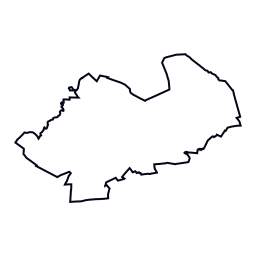 the district of Santau, Satu Mare, Romania
{"feature_id": "2599482B85959767419228", "entity_name": "Santau", "entity_type": "district", "adm_level": 2, "iso_a3": "ROU", "parent_name": "Romania", "parent_adm1": "Satu Mare", "projection": "robinson", "projection_center": [22.467, 47.514], "detail": "fine", "context": "isolated", "style": "outline", "palette": "ink", "viewbox_px": 256, "rotation_deg": 0, "n_neighbors": 0, "source": "geoboundaries", "source_scale": "gbopen_adm2", "svg_char_len": 5448}
<svg xmlns="http://www.w3.org/2000/svg" viewBox="0 0 256 256"><path d="M76.3,201.5L80.3,201.4L82.9,201.0L84.0,200.6L85.8,200.2L89.3,199.7L95.8,199.2L96.2,199.1L100.3,199.1L101.2,198.9L103.4,198.9L108.2,198.3L108.0,194.6L108.6,192.1L109.4,188.9L109.6,188.5L106.4,184.9L105.1,185.8L105.1,185.7L105.4,185.4L105.5,185.2L106.1,182.4L115.7,177.8L117.9,180.6L124.0,179.0L124.5,178.6L122.1,176.9L124.9,173.5L129.6,168.1L131.1,170.0L131.7,170.7L132.5,172.1L132.8,172.3L133.0,172.1L134.3,171.7L135.2,171.2L135.5,171.5L135.8,171.8L136.5,172.8L136.9,173.1L137.5,172.7L138.7,172.3L139.1,172.3L139.3,172.5L139.5,173.2L139.9,173.3L140.2,173.1L140.6,173.1L141.4,174.7L142.6,174.4L144.6,174.1L147.7,173.8L149.0,173.8L149.5,174.0L150.1,174.0L151.0,173.7L151.5,173.5L152.6,173.4L156.9,172.6L156.5,171.6L155.9,170.7L155.4,169.9L155.1,169.3L155.0,169.0L154.7,168.4L154.6,167.6L154.4,166.6L154.3,166.1L154.4,165.1L154.3,164.3L155.8,164.2L158.8,164.0L166.2,163.2L166.4,163.1L167.0,162.8L175.3,164.2L175.6,164.0L186.5,162.4L188.3,162.1L188.6,161.6L189.0,160.5L189.2,159.8L189.6,158.7L189.6,158.0L189.3,157.2L187.7,154.9L187.3,154.4L187.3,154.2L185.7,153.7L184.5,152.9L184.5,152.6L184.8,152.4L185.6,152.0L186.6,151.9L187.0,152.0L187.3,152.1L187.3,152.4L190.9,152.6L197.2,153.2L197.2,152.8L197.4,151.4L197.5,150.7L197.6,150.3L197.7,149.7L198.2,149.3L198.5,149.1L198.8,149.1L199.0,149.3L199.3,149.3L199.5,148.9L199.8,148.8L200.1,148.9L200.1,149.2L200.1,149.6L200.2,149.8L200.3,149.7L200.4,149.4L200.5,149.2L201.0,149.2L201.3,149.2L201.5,149.4L201.6,148.9L202.0,148.7L202.6,148.7L203.0,148.8L203.2,149.0L203.4,149.0L204.3,147.6L206.9,142.4L207.4,141.2L208.1,140.2L212.1,136.7L212.6,136.4L212.9,136.3L213.2,136.4L213.4,136.5L214.0,137.1L216.1,135.8L216.7,135.1L216.8,134.7L221.0,136.6L221.9,135.2L225.0,130.5L225.7,130.8L227.6,127.7L231.6,126.6L233.7,126.3L233.8,126.3L235.3,126.0L237.5,125.7L240.6,125.6L239.3,121.2L236.6,117.9L240.2,116.8L235.1,98.7L234.1,95.0L233.0,90.2L232.4,90.1L232.1,89.8L225.3,81.2L225.1,81.1L224.1,81.0L223.1,80.9L222.1,80.6L219.9,80.5L219.5,80.4L218.4,79.4L218.3,79.0L218.2,78.1L218.2,77.9L217.5,77.6L217.2,77.4L215.6,75.3L215.3,75.0L213.3,74.1L212.1,73.6L211.8,73.4L211.6,73.2L211.3,72.6L210.7,72.2L210.3,72.2L209.5,72.5L208.9,72.5L208.4,72.3L208.0,71.4L207.6,71.0L207.0,70.6L206.2,70.5L205.9,70.5L205.2,70.1L203.0,68.2L202.0,67.5L199.1,65.1L197.2,63.7L195.7,62.5L195.1,62.1L193.6,60.9L191.6,59.3L189.5,57.2L189.0,56.9L186.6,55.4L186.1,55.0L185.2,54.1L184.6,54.3L176.2,54.7L175.9,54.8L167.3,57.0L165.9,57.4L164.2,58.2L162.1,62.7L166.5,73.5L167.8,78.0L168.7,80.9L169.3,87.5L169.4,89.5L167.7,90.3L162.4,92.7L157.6,94.9L147.3,99.5L145.3,100.4L145.1,100.6L145.0,100.8L142.1,99.3L140.2,98.4L132.8,94.4L132.0,93.8L131.1,93.2L130.6,92.5L130.3,91.9L130.1,91.2L129.9,89.9L130.0,89.2L129.9,89.0L129.8,88.9L128.4,87.6L126.8,86.3L125.1,84.7L120.9,82.7L112.8,79.9L107.0,77.8L107.0,77.3L107.1,77.1L107.3,77.0L105.8,76.6L104.8,76.5L100.8,75.7L100.0,75.6L96.8,81.2L93.1,77.9L88.7,73.6L85.9,75.4L83.8,76.8L82.1,78.2L81.8,78.0L80.3,79.2L79.9,79.7L79.5,80.4L79.1,81.8L78.8,83.9L78.7,84.5L77.9,88.3L77.7,88.6L77.3,89.3L76.5,90.3L75.2,90.0L73.8,89.7L73.1,89.2L72.8,89.0L72.4,88.1L72.0,87.5L72.3,87.5L72.1,87.4L71.0,87.1L70.7,87.1L70.2,87.4L69.5,87.5L69.3,87.6L69.5,87.9L69.5,88.2L69.0,88.7L69.5,89.2L69.8,89.9L69.9,90.4L75.5,90.6L75.6,90.8L75.3,91.5L75.2,91.6L75.0,92.7L76.4,94.7L76.6,95.0L77.4,96.3L78.5,97.6L72.7,97.5L69.7,97.4L69.7,97.6L69.6,99.7L65.1,99.4L63.7,99.4L63.4,99.5L63.3,99.9L63.6,100.9L63.8,102.3L63.7,102.7L62.9,102.7L62.5,102.4L62.1,102.4L61.8,102.4L61.6,102.6L61.2,102.9L61.0,103.3L61.0,103.5L61.1,103.9L61.2,104.0L62.5,104.1L62.8,104.3L62.9,104.6L63.0,105.0L62.8,105.3L62.6,105.6L62.4,105.8L61.8,106.0L61.6,106.1L61.5,106.4L61.4,106.7L61.5,106.9L61.7,107.2L62.5,108.0L62.8,108.4L63.2,109.0L63.3,109.3L63.5,109.9L63.5,110.7L63.4,110.9L63.0,110.9L62.9,110.8L62.0,110.2L61.6,110.2L61.3,110.3L60.6,110.9L60.2,111.4L59.9,111.9L59.9,112.1L60.1,112.6L60.2,112.9L60.3,113.3L60.2,113.9L59.7,115.0L59.5,115.3L59.2,115.5L58.2,115.9L58.0,116.1L57.9,116.5L57.4,117.1L56.8,117.3L55.0,117.4L54.3,117.6L53.2,118.2L53.1,118.5L53.1,119.4L53.0,119.5L52.9,119.6L52.1,119.5L51.5,119.9L50.5,120.2L50.4,120.3L50.1,120.7L49.5,121.0L48.3,121.4L47.9,121.7L47.7,122.3L47.5,123.5L47.6,123.8L48.0,124.3L48.1,124.7L48.0,124.9L47.7,125.4L47.2,127.2L47.0,127.8L46.8,128.2L46.5,128.5L46.1,128.7L45.5,128.7L45.2,128.5L44.7,127.5L44.6,127.4L44.4,127.3L44.2,127.5L43.8,128.9L43.7,129.2L43.5,130.3L42.6,131.1L42.3,131.7L42.1,132.0L41.7,132.3L40.7,133.0L40.4,133.3L40.4,133.5L40.5,134.0L41.1,135.4L40.4,135.6L40.2,135.8L39.2,137.6L38.5,138.7L38.3,138.4L38.1,137.7L38.1,137.4L37.3,136.3L36.0,134.8L35.2,134.1L33.3,132.6L32.9,132.4L31.8,132.2L29.9,132.2L29.2,132.2L27.6,132.8L27.1,132.9L26.8,132.9L24.4,132.5L24.1,133.0L22.5,134.7L21.0,136.2L20.6,136.6L19.1,138.1L18.1,138.8L17.7,139.2L17.4,139.7L16.7,140.4L16.6,140.8L15.4,142.6L23.8,148.7L23.8,148.9L23.8,149.2L23.9,149.6L23.7,151.3L23.6,152.7L23.5,153.2L23.5,154.0L24.3,155.0L24.9,155.8L25.3,156.3L26.5,157.9L26.8,158.1L30.8,161.0L36.8,165.4L36.1,166.0L54.8,175.8L57.0,176.9L57.2,177.1L58.8,176.3L59.2,176.0L60.0,175.5L61.5,174.8L63.8,174.0L65.4,173.3L69.3,171.8L70.2,172.5L70.8,173.2L69.7,174.8L68.7,176.0L68.6,176.4L68.4,176.6L68.3,177.4L68.1,177.8L67.5,179.3L67.2,180.2L66.8,181.3L66.6,181.5L65.5,183.3L64.9,184.6L69.1,184.3L71.3,184.3L71.2,189.3L71.0,189.6L70.2,201.9L76.3,201.5Z" fill="none" stroke="#020617" stroke-width="2"/></svg>